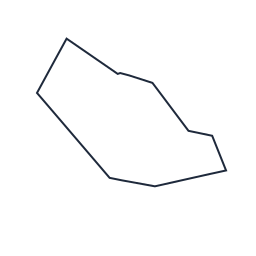 Francisco Ayres, Piauí, Brazil, rotated 308°
{"feature_id": "56859067B91731828808481", "entity_name": "Francisco Ayres", "entity_type": "district", "adm_level": 2, "iso_a3": "BRA", "parent_name": "Brazil", "parent_adm1": "Piauí", "projection": "equal_earth", "projection_center": [-42.712, -6.678], "detail": "fine", "context": "isolated", "style": "outline", "palette": "slate", "viewbox_px": 256, "rotation_deg": 308, "n_neighbors": 0, "source": "geoboundaries", "source_scale": "gbopen_adm2", "svg_char_len": 401}
<svg xmlns="http://www.w3.org/2000/svg" viewBox="0 0 256 256"><g transform="rotate(308 128 128)"><path d="M77.4,144.2L83.0,155.4L98.6,185.1L142.5,221.1L145.0,223.2L154.9,231.4L173.7,199.1L163.0,177.4L171.5,145.9L174.3,135.6L178.6,119.5L170.1,96.4L166.5,88.0L164.3,86.6L160.6,24.6L136.8,28.5L99.6,34.7L97.7,44.2L97.3,46.2L89.4,85.2L77.4,144.2Z" fill="none" stroke="#1e293b" stroke-width="2"/></g></svg>